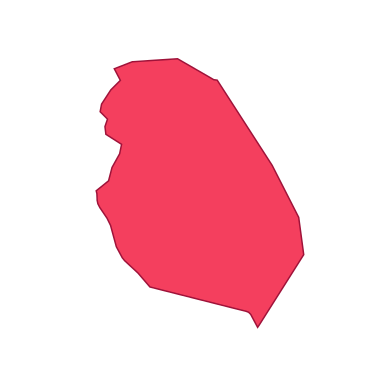 the Region of Al Dhahira, rotated 315°
{"feature_id": "OMN-2414", "entity_name": "Al Dhahira", "entity_type": "Region", "adm_level": 1, "iso_a3": "OMN", "parent_name": "Oman", "parent_adm1": "", "projection": "albers", "projection_center": [55.739, 23.003], "detail": "fine", "context": "isolated", "style": "filled", "palette": "rose", "viewbox_px": 384, "rotation_deg": 315, "n_neighbors": 0, "source": "natural_earth", "source_scale": "10m", "svg_char_len": 671}
<svg xmlns="http://www.w3.org/2000/svg" viewBox="0 0 384 384"><g transform="rotate(315 192 192)"><path d="M95.1,229.4L96.5,211.2L95.8,192.9L96.2,189.2L99.8,177.2L110.8,158.0L113.4,150.4L115.8,137.9L117.1,133.8L119.2,130.6L119.3,130.6L123.6,125.9L125.1,123.4L140.9,125.1L152.8,118.1L167.9,113.8L175.9,108.5L171.9,90.3L176.7,84.2L183.8,80.7L183.8,70.3L190.2,65.9L206.8,62.4L220.3,62.4L224.2,49.9L241.9,57.7L276.0,87.6L286.8,128.0L288.9,130.7L267.5,229.9L249.5,285.4L226.7,315.3L145.4,333.6L142.7,334.1L147.0,320.0L147.0,317.1L145.8,314.4L139.6,304.1L130.3,288.5L121.0,272.9L111.7,257.3L102.4,241.7L95.1,229.4Z" fill="#f43f5e" stroke="#9f1239" stroke-width="1.5"/></g></svg>